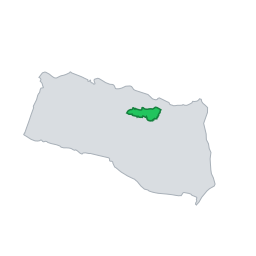 location of Sene East, Brong Ahafo, Ghana, rotated 290°
{"feature_id": "2480657B21050367867823", "entity_name": "Sene East", "entity_type": "district", "adm_level": 2, "iso_a3": "GHA", "parent_name": "Ghana", "parent_adm1": "Brong Ahafo", "projection": "equal_earth", "projection_center": [-0.307, 7.665], "detail": "fine", "context": "in_parent", "style": "filled", "palette": "green", "viewbox_px": 256, "rotation_deg": 290, "n_neighbors": 0, "source": "geoboundaries", "source_scale": "gbopen_adm2", "svg_char_len": 5448}
<svg xmlns="http://www.w3.org/2000/svg" viewBox="0 0 256 256"><g transform="rotate(290 128 128)"><path d="M150.5,28.7L152.0,30.5L152.3,31.6L151.7,35.7L150.7,38.5L150.0,41.2L150.1,42.5L150.7,43.9L153.0,46.0L154.2,47.3L155.5,49.4L157.1,51.4L159.8,54.1L161.0,54.5L160.9,55.3L160.5,56.3L160.3,66.1L160.1,68.6L159.9,69.9L159.6,73.5L159.4,74.0L158.8,74.0L158.4,74.1L158.3,74.9L158.5,75.6L160.1,76.1L159.7,76.7L158.5,77.2L158.0,78.3L158.2,79.6L157.5,80.6L157.7,81.3L158.2,81.8L158.8,81.6L160.8,79.9L161.6,79.7L162.5,80.0L164.4,82.6L164.5,83.9L163.7,88.2L163.0,91.5L162.9,96.0L163.6,98.5L163.5,99.8L162.7,101.0L160.8,102.7L160.9,103.9L161.8,106.1L163.4,108.5L166.5,111.6L168.2,115.5L168.2,117.1L167.2,118.7L166.1,120.1L165.8,122.1L166.3,135.3L163.8,141.0L163.8,142.6L164.0,144.5L164.7,145.6L166.0,146.0L167.0,147.1L166.6,151.1L166.1,155.2L166.0,157.2L165.7,158.1L164.7,158.9L164.4,160.2L164.6,161.8L164.4,162.9L165.0,164.5L166.1,166.4L167.9,171.1L168.6,171.5L168.9,172.5L168.7,173.4L169.4,175.5L171.4,177.6L173.5,179.4L175.2,179.7L175.6,181.3L176.7,183.4L177.6,184.3L178.8,184.9L179.9,185.2L180.0,187.0L178.1,188.2L176.8,190.0L175.8,192.8L174.4,195.8L169.7,197.4L167.9,197.4L158.2,197.5L149.1,203.5L143.9,205.6L140.7,209.0L136.4,211.4L133.4,214.3L127.1,215.7L116.9,220.2L113.6,222.0L110.4,225.2L105.1,229.0L103.0,228.9L98.9,225.4L95.8,223.7L88.2,221.0L82.5,220.0L79.7,218.8L79.0,218.6L79.6,217.4L81.2,217.3L82.9,217.7L84.1,216.7L86.0,216.6L86.5,215.6L86.6,213.1L86.6,211.1L87.3,210.2L87.4,207.8L86.5,202.5L85.9,201.9L82.6,201.1L82.3,200.1L81.7,198.9L81.1,196.2L80.4,192.2L79.2,187.1L77.0,178.8L76.5,175.9L76.1,172.9L76.0,169.3L76.5,168.0L76.4,166.2L76.2,164.3L77.8,160.1L80.9,154.9L81.5,153.1L82.1,151.8L82.2,149.9L82.8,143.9L84.3,136.6L85.2,133.9L85.8,132.4L86.6,130.0L86.8,128.8L89.6,126.0L90.9,125.2L91.2,124.1L90.8,122.9L90.9,122.0L91.6,121.6L92.7,121.3L93.4,120.1L92.3,111.1L91.3,102.2L91.3,101.5L90.7,100.2L90.1,96.5L89.2,94.4L87.8,93.7L87.9,91.7L89.2,88.3L89.6,86.3L88.9,85.7L88.8,84.1L89.3,81.6L89.1,80.0L88.8,78.4L87.4,74.5L87.1,71.7L87.8,70.1L87.8,66.5L87.1,61.1L87.0,57.6L87.5,56.2L87.2,54.8L86.2,53.6L86.2,52.3L87.0,51.1L86.9,50.1L85.9,49.4L84.9,47.7L84.1,45.1L84.2,40.8L85.9,33.0L86.1,32.3L87.9,32.4L87.9,32.7L93.6,32.6L100.0,32.6L107.7,32.4L114.8,32.4L115.1,32.0L116.2,31.6L123.3,32.4L127.8,32.0L129.6,32.2L131.0,32.8L134.1,32.4L135.7,32.6L136.9,34.6L137.4,34.6L138.1,33.7L139.4,32.8L140.6,32.0L141.5,30.5L142.0,29.4L142.8,29.6L144.0,29.5L144.8,28.6L145.1,27.0L150.5,28.7Z" fill="#d9dde1" stroke="#a8b0b8" stroke-width="1"/><path d="M151.7,136.6L152.2,135.6L152.2,134.8L151.8,134.3L151.5,134.3L151.1,134.4L150.7,134.6L150.3,134.7L149.8,134.6L149.5,134.2L149.4,133.9L149.1,133.4L149.0,133.0L148.9,132.2L148.7,129.7L148.8,128.7L148.9,128.3L148.8,128.0L148.0,128.0L148.1,127.6L148.7,126.5L148.8,126.1L148.5,125.7L148.0,125.9L147.1,125.7L146.5,125.1L146.3,124.3L145.2,123.0L144.6,122.6L143.8,122.1L143.1,121.9L142.3,121.9L141.7,121.7L141.4,123.7L141.3,123.8L141.3,124.0L141.3,124.3L142.3,127.0L142.1,127.0L141.9,127.1L141.9,127.3L141.9,127.5L141.5,127.9L141.6,128.0L141.6,128.3L141.7,128.7L141.6,128.8L141.5,129.2L141.6,129.6L141.8,129.7L141.8,129.9L141.7,130.3L141.7,130.5L141.8,130.7L141.9,131.0L141.9,131.4L141.9,131.8L141.9,132.0L141.9,132.3L141.7,132.5L141.8,132.5L141.8,132.8L141.8,133.0L141.7,133.0L141.7,133.3L141.8,133.4L142.4,133.4L142.4,133.5L142.5,133.6L142.5,133.8L142.4,133.9L142.3,134.0L142.2,134.3L142.1,134.5L141.9,134.8L142.0,135.0L142.2,135.3L142.2,135.5L142.2,135.8L142.3,136.0L142.4,136.4L142.6,136.6L142.6,136.9L142.9,137.4L142.9,137.8L144.3,137.8L144.3,138.2L144.4,138.3L144.4,138.7L144.3,138.8L144.4,139.0L144.3,139.3L144.3,139.7L144.2,140.1L144.1,140.4L144.0,140.6L144.1,140.8L144.1,141.1L144.1,141.3L144.2,141.5L144.3,141.5L144.5,141.5L144.9,141.5L144.7,141.7L144.6,141.9L144.4,142.0L144.2,142.1L144.1,142.3L143.9,142.3L143.7,142.5L143.4,142.6L143.2,142.6L143.0,142.8L142.9,142.9L142.9,143.0L142.7,143.1L142.6,143.3L142.5,143.5L142.4,143.6L142.4,143.8L142.2,144.0L142.2,144.3L142.1,144.5L142.1,144.8L142.1,145.0L142.1,145.3L142.2,145.6L142.2,145.8L142.3,145.8L142.3,146.0L142.4,146.3L142.4,146.5L142.5,146.5L142.6,146.8L142.6,147.0L142.8,147.2L142.8,147.3L142.9,147.5L142.9,147.8L143.0,147.8L143.0,148.0L143.1,148.3L143.2,148.5L143.3,148.5L143.3,148.4L143.5,148.4L143.7,148.5L143.8,148.5L143.7,148.7L143.8,148.7L143.8,148.8L144.0,149.0L144.3,149.1L144.5,149.2L144.5,149.3L144.8,149.2L144.9,149.3L145.0,149.4L145.0,149.5L145.0,149.4L145.3,149.3L145.4,149.5L145.5,149.5L145.7,149.8L145.8,149.8L146.0,149.8L146.0,150.0L146.0,150.3L146.0,150.5L146.1,150.8L146.1,151.0L146.3,151.2L146.4,151.3L146.4,151.5L146.5,151.8L146.7,151.7L146.9,151.6L147.0,151.6L147.0,151.8L147.3,151.8L147.5,151.8L147.8,151.9L147.9,152.0L148.0,151.9L148.3,151.9L148.3,152.0L148.5,152.1L148.6,151.9L148.8,152.1L149.1,152.1L149.4,152.1L149.6,152.1L149.8,152.4L150.0,152.5L150.4,152.5L150.7,152.3L150.9,152.0L151.2,152.1L151.5,152.2L151.8,152.1L152.0,152.2L152.4,152.4L152.6,152.5L152.8,152.4L152.9,152.5L153.1,152.5L153.3,152.8L153.7,152.8L154.0,152.5L154.4,152.6L154.7,152.5L155.0,152.4L155.3,152.5L155.9,152.6L156.2,152.6L156.4,152.6L156.4,152.1L156.6,151.3L156.9,149.5L157.1,148.4L157.0,147.2L156.8,146.6L156.3,146.2L156.1,146.2L155.6,145.9L155.3,145.5L155.0,145.4L154.4,144.8L154.2,144.7L154.1,144.1L153.9,143.0L153.1,141.2L152.3,140.0L151.8,138.5L151.7,137.8L151.7,137.3L151.7,136.6Z" fill="#22c55e" stroke="#15803d" stroke-width="1.5"/></g></svg>